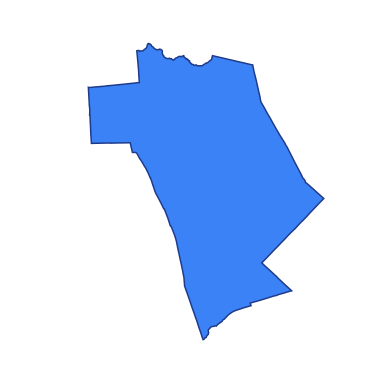 outline of Silistea-Gumesti, Teleorman, Romania, rotated 106°
{"feature_id": "2599482B10806735805591", "entity_name": "Silistea-Gumesti", "entity_type": "district", "adm_level": 2, "iso_a3": "ROU", "parent_name": "Romania", "parent_adm1": "Teleorman", "projection": "orthographic", "projection_center": [25.013, 44.369], "detail": "fine", "context": "isolated", "style": "filled", "palette": "blue", "viewbox_px": 384, "rotation_deg": 106, "n_neighbors": 0, "source": "geoboundaries", "source_scale": "gbopen_adm2", "svg_char_len": 5561}
<svg xmlns="http://www.w3.org/2000/svg" viewBox="0 0 384 384"><g transform="rotate(106 192 192)"><path d="M173.0,302.1L168.3,287.0L167.8,285.4L167.7,284.7L167.2,282.9L166.7,281.3L165.3,276.8L164.9,275.6L164.3,273.4L161.7,265.0L164.9,263.2L170.4,260.2L169.7,257.7L169.6,257.4L169.6,257.0L169.7,256.4L169.9,255.9L170.6,255.1L172.0,253.7L172.5,253.2L173.9,251.9L174.6,251.1L176.3,249.0L178.4,246.8L179.4,245.8L182.3,242.6L182.9,242.0L183.5,241.6L184.2,240.9L186.9,238.5L189.3,236.6L190.1,235.9L190.3,235.7L190.2,235.6L190.8,235.2L191.7,234.5L196.2,231.5L197.5,230.6L197.9,230.2L200.6,228.5L201.1,228.1L202.2,227.3L203.3,226.4L203.5,226.3L204.7,225.0L211.4,218.6L212.3,217.8L215.8,214.7L216.0,214.4L215.9,213.9L216.0,213.7L216.3,213.5L216.9,213.3L217.2,213.0L223.5,208.2L229.0,204.5L230.6,203.5L230.6,203.0L230.7,202.8L230.9,202.5L234.9,199.4L238.8,196.5L241.4,194.8L243.9,193.3L248.2,191.1L251.8,189.2L255.5,187.2L259.3,185.2L266.4,181.3L273.6,177.6L274.0,177.5L275.5,176.6L278.1,175.5L278.3,175.5L278.8,175.3L279.4,175.1L281.7,174.2L283.0,173.7L283.7,173.5L284.3,173.3L284.4,173.2L287.4,171.1L294.9,165.7L303.9,159.5L307.3,157.0L312.4,153.5L313.2,152.8L317.2,150.1L318.2,149.5L322.6,146.4L325.3,144.5L329.8,141.5L330.9,140.6L330.0,139.7L329.8,139.7L329.3,139.5L328.8,139.5L328.7,139.5L328.6,139.3L328.1,138.5L327.8,138.3L326.8,138.2L326.2,138.1L324.2,137.1L323.2,137.2L322.5,137.3L321.2,138.0L320.8,138.2L320.4,138.3L320.1,138.3L319.3,137.9L317.7,137.2L317.1,136.8L316.5,136.5L316.3,136.4L315.9,135.9L315.7,135.4L315.3,134.4L315.1,133.9L314.9,133.6L314.3,133.0L314.2,132.5L314.1,131.6L313.8,131.6L312.7,131.0L311.7,130.3L311.2,130.0L309.7,128.8L309.3,128.5L309.1,128.4L309.0,128.2L308.6,127.7L307.8,127.4L306.8,127.1L306.1,126.8L305.9,126.6L305.3,125.9L304.9,125.7L303.9,125.2L303.3,124.8L302.2,124.3L300.3,123.3L299.2,122.6L298.6,122.0L297.5,121.2L295.9,119.8L294.2,117.9L294.0,117.5L292.2,115.0L290.3,112.1L289.4,110.9L285.0,103.9L282.7,105.4L278.2,98.1L274.7,92.7L273.8,91.3L273.0,90.1L270.1,85.7L269.4,84.6L268.3,82.5L267.9,82.0L266.8,80.6L265.8,79.0L265.1,78.0L263.9,75.9L263.1,74.6L262.5,73.9L261.1,71.5L260.4,70.6L260.0,69.8L259.5,68.9L259.2,69.3L259.1,69.7L258.0,72.0L257.0,73.9L255.9,76.2L254.1,79.8L253.0,81.8L251.5,84.8L250.2,87.0L248.2,91.0L245.0,97.3L243.8,99.8L243.3,100.9L242.9,101.6L242.7,102.0L240.9,105.4L233.8,101.6L223.9,96.4L221.6,95.1L216.8,92.6L212.2,90.1L206.6,87.3L205.9,86.8L205.2,86.5L204.4,86.1L198.8,82.8L193.1,80.0L191.1,78.9L188.0,77.1L182.6,74.3L181.0,73.6L168.3,67.0L161.9,63.5L157.4,72.9L155.7,76.3L152.3,83.5L151.9,84.3L151.8,84.8L151.5,85.5L151.1,85.9L150.6,86.1L150.0,86.5L149.7,86.7L148.8,87.9L148.3,88.7L148.1,89.1L148.1,89.3L146.3,90.7L135.2,101.3L131.3,104.9L127.9,108.1L122.6,113.0L121.9,113.8L120.9,114.9L120.6,115.2L119.5,116.1L117.8,118.0L116.2,119.8L114.0,122.3L109.1,127.5L98.4,138.3L96.7,140.2L91.1,145.7L86.8,150.2L86.4,150.5L85.8,150.9L84.2,151.8L81.0,153.3L77.3,155.4L67.6,160.7L65.1,162.1L59.3,165.5L53.1,168.7L53.2,169.1L55.3,209.9L59.4,209.7L60.2,210.5L60.8,211.0L61.9,211.6L62.8,212.2L63.4,212.8L63.7,213.2L64.1,213.4L64.2,213.8L64.3,214.0L64.4,214.3L64.6,214.5L65.2,214.7L65.5,215.1L66.2,215.7L66.3,216.0L67.3,216.5L67.8,217.1L68.1,217.4L68.1,218.0L68.5,219.0L68.6,219.5L68.9,220.4L69.1,220.6L69.1,220.8L69.1,221.4L69.2,221.5L69.1,221.8L69.0,222.0L68.9,222.4L68.7,222.8L68.7,223.0L68.8,223.1L69.0,223.4L69.1,223.6L69.1,223.8L69.6,224.6L69.7,224.8L69.5,225.1L69.4,225.3L69.2,225.5L69.1,226.2L69.1,226.4L69.2,226.7L69.4,227.2L69.4,227.4L69.3,227.6L69.1,227.6L68.9,227.9L68.7,228.4L68.4,228.8L68.2,229.1L68.3,229.3L68.2,229.6L68.0,230.0L67.8,230.1L67.4,230.1L66.6,230.6L66.9,231.0L66.7,231.5L66.5,231.8L66.4,232.0L66.2,232.1L66.2,232.3L65.7,232.5L65.7,233.0L65.9,233.2L65.9,233.5L65.5,233.7L65.4,233.8L65.7,234.5L65.2,234.7L65.1,234.8L65.0,235.4L64.7,236.3L64.5,236.7L64.1,236.9L64.1,237.3L63.9,237.4L63.7,237.3L63.4,237.3L63.3,237.6L63.3,237.8L63.7,238.1L64.0,238.8L65.0,239.3L65.0,239.8L64.9,241.1L65.0,241.3L65.7,242.3L66.7,243.2L67.8,244.6L68.0,244.7L68.4,244.7L69.0,245.3L69.2,245.5L69.8,245.7L70.0,245.9L70.3,246.4L70.3,246.5L70.1,246.6L70.3,247.1L70.2,247.4L69.9,247.8L69.5,248.7L69.5,248.9L69.8,249.1L69.9,249.4L69.9,249.9L69.8,250.1L69.7,250.3L69.6,250.5L70.0,250.9L70.2,251.5L70.4,252.0L70.6,252.8L70.6,253.8L70.4,254.1L70.2,255.0L70.0,255.5L69.8,256.0L69.4,256.6L69.1,256.6L68.9,256.8L68.4,257.6L67.6,258.2L67.3,258.6L67.0,258.8L66.6,258.9L65.2,259.2L64.7,259.4L64.2,259.7L64.0,260.0L63.9,260.2L63.9,260.7L63.8,261.0L63.5,261.3L63.5,261.5L63.6,262.0L63.6,262.6L64.2,263.0L64.4,263.4L64.6,264.0L64.7,264.7L65.0,265.3L65.0,265.6L64.8,266.0L64.6,267.2L64.4,267.7L64.1,268.2L63.9,268.7L63.6,269.0L63.3,269.5L63.1,270.2L62.9,271.0L62.7,271.1L62.4,271.5L62.1,271.6L61.8,271.9L61.6,272.7L61.4,272.9L61.3,273.1L61.4,273.4L61.6,273.8L61.6,274.0L61.4,274.2L61.1,274.3L61.1,274.5L61.7,275.2L61.8,275.3L62.1,275.4L63.5,275.5L64.6,275.3L64.9,275.3L65.4,275.5L66.0,275.6L66.6,275.9L67.6,276.6L68.1,277.2L69.2,277.6L69.7,278.1L69.9,278.4L70.3,279.3L70.4,279.8L70.8,280.1L70.8,280.8L71.1,281.1L71.1,281.3L70.8,281.5L70.6,282.0L70.7,282.4L71.2,283.5L71.5,284.0L72.0,283.8L74.7,282.7L85.3,278.6L89.4,277.0L94.5,275.3L101.3,272.8L102.1,274.9L102.8,276.5L106.7,286.1L110.9,296.6L113.7,303.8L114.0,304.3L114.4,305.2L117.8,314.2L119.8,319.3L119.9,320.0L120.0,320.2L119.9,320.4L119.9,320.5L136.3,314.8L137.4,314.5L138.1,314.1L141.9,312.7L143.3,312.4L145.5,311.7L146.0,311.8L146.3,311.7L146.3,311.3L146.5,311.2L155.9,308.0L164.3,305.2L169.8,303.2L173.0,302.1Z" fill="#3b82f6" stroke="#1e3a8a" stroke-width="1.5"/></g></svg>